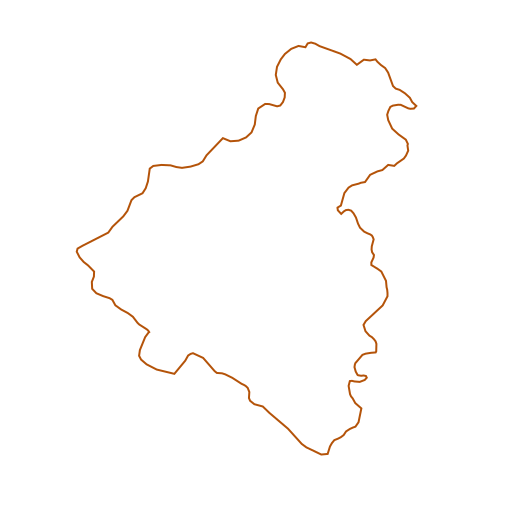 an SVG outline of Portalegre, rotated 263°
{"feature_id": "PRT-747", "entity_name": "Portalegre", "entity_type": "District", "adm_level": 1, "iso_a3": "PRT", "parent_name": "Portugal", "parent_adm1": "", "projection": "orthographic", "projection_center": [-7.639, 39.223], "detail": "fine", "context": "isolated", "style": "outline", "palette": "amber", "viewbox_px": 512, "rotation_deg": 263, "n_neighbors": 0, "source": "natural_earth", "source_scale": "10m", "svg_char_len": 2943}
<svg xmlns="http://www.w3.org/2000/svg" viewBox="0 0 512 512"><g transform="rotate(263 256 256)"><path d="M421.9,409.5L408.0,412.7L405.1,415.1L403.4,418.8L399.3,423.7L394.3,428.0L389.7,429.8L385.4,433.4L383.1,430.7L383.3,427.1L384.0,425.1L388.4,418.1L388.8,415.5L388.6,410.2L387.6,407.5L383.9,405.1L380.2,403.4L374.7,403.8L365.8,406.7L359.3,412.3L353.2,418.9L348.7,420.4L347.3,419.8L342.0,419.9L337.4,417.1L334.7,414.6L330.8,407.2L328.6,404.2L330.3,398.3L325.9,391.9L325.2,386.9L322.7,379.2L316.1,373.2L315.9,369.0L315.3,366.8L314.4,360.0L312.6,356.2L307.7,351.4L295.7,346.4L294.1,342.8L293.8,342.7L293.0,342.8L291.4,342.8L287.4,345.7L289.6,348.7L290.6,350.8L290.6,353.4L289.4,356.0L286.5,358.0L282.0,359.9L275.7,361.2L271.4,362.7L267.0,366.3L265.0,369.3L263.5,372.0L262.2,373.5L260.6,374.2L258.2,374.8L251.5,372.1L248.4,371.5L245.6,371.7L242.6,373.2L240.1,372.5L235.6,369.7L233.0,369.4L228.2,375.4L225.3,378.5L215.5,382.0L209.1,381.8L206.5,382.1L203.2,382.0L200.0,381.6L191.5,375.7L178.0,357.0L174.5,354.3L168.0,355.5L163.1,358.9L161.4,361.1L159.1,362.9L156.7,364.3L154.1,364.8L146.7,363.7L145.7,363.0L145.9,358.5L145.7,352.9L144.9,349.6L138.3,342.4L138.0,341.9L136.5,341.0L133.7,340.2L129.1,340.9L125.6,342.3L125.4,342.5L125.2,342.8L124.9,343.8L124.3,345.8L124.3,348.2L123.5,350.5L121.7,351.1L119.7,348.8L118.4,343.6L119.5,338.4L120.4,336.0L120.4,333.9L115.8,332.1L107.4,332.5L105.1,333.2L102.9,334.6L97.9,336.6L91.9,342.0L78.5,337.5L74.5,333.9L73.9,331.2L72.9,328.1L70.9,324.0L67.6,321.2L65.8,318.1L64.7,315.1L63.7,311.3L61.0,308.5L57.9,306.2L50.8,303.0L51.0,296.6L59.9,282.7L63.9,278.5L80.7,266.7L98.6,250.2L105.8,244.4L109.1,236.3L113.0,232.5L115.9,231.7L121.8,232.8L126.1,231.7L128.3,229.9L129.6,228.2L130.9,226.1L138.0,217.6L142.3,211.0L143.7,208.0L144.7,202.9L146.8,200.9L161.3,191.1L167.2,181.6L166.8,179.2L165.5,176.5L160.7,173.0L149.0,160.6L155.4,143.6L161.8,134.2L167.2,129.3L171.2,127.8L176.8,129.3L189.0,136.1L193.1,140.0L193.5,140.7L195.1,139.9L196.4,138.8L202.3,131.7L204.2,130.2L210.7,126.4L215.0,121.8L219.3,115.7L224.2,110.4L230.0,108.1L232.0,105.5L234.8,99.4L238.5,93.0L243.4,89.4L250.3,89.9L255.3,92.6L260.3,93.4L267.1,88.2L271.0,84.3L276.1,80.8L282.1,78.6L285.1,79.8L287.4,85.3L297.2,112.2L302.6,117.2L311.5,129.1L316.5,133.9L326.6,139.2L329.2,142.5L332.1,151.0L336.7,154.8L343.1,157.8L355.7,161.2L357.9,165.0L357.9,173.3L356.4,182.2L354.0,187.8L352.5,193.3L352.7,201.9L354.1,210.1L356.4,214.7L362.0,219.2L377.0,237.5L373.0,244.6L372.6,252.8L374.9,260.6L379.2,266.6L386.6,270.8L395.0,272.9L402.1,276.2L405.8,283.6L405.2,287.6L402.0,295.2L402.4,298.4L405.5,301.5L409.9,303.8L414.5,304.6L418.2,303.1L425.4,298.7L433.3,297.7L441.2,299.9L448.2,304.6L453.0,309.3L457.3,316.2L459.3,323.8L457.2,330.5L460.7,333.2L461.2,336.7L459.5,340.7L456.6,344.6L446.6,364.4L439.9,373.9L433.5,379.4L437.7,387.0L436.2,393.0L436.6,398.6L434.1,400.1L430.4,403.2L426.8,407.1L421.9,409.5Z" fill="none" stroke="#b45309" stroke-width="2"/></g></svg>